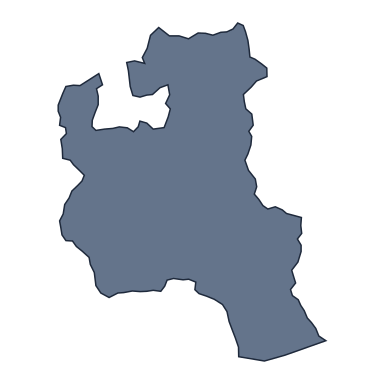 Araçariguama, São Paulo, Brazil
{"feature_id": "56859067B60900165945810", "entity_name": "Araçariguama", "entity_type": "district", "adm_level": 2, "iso_a3": "BRA", "parent_name": "Brazil", "parent_adm1": "São Paulo", "projection": "mercator", "projection_center": [-47.076, -23.434], "detail": "fine", "context": "isolated", "style": "filled", "palette": "slate", "viewbox_px": 384, "rotation_deg": 0, "n_neighbors": 0, "source": "geoboundaries", "source_scale": "gbopen_adm2", "svg_char_len": 1999}
<svg xmlns="http://www.w3.org/2000/svg" viewBox="0 0 384 384"><path d="M243.2,25.5L237.7,23.0L233.0,29.0L226.7,31.9L220.8,32.3L212.9,35.2L205.5,33.3L198.1,33.0L188.5,38.8L179.1,35.9L169.4,35.9L158.7,27.5L150.5,35.3L147.2,48.3L142.3,57.6L144.7,63.4L134.6,60.9L126.7,62.5L128.4,70.7L130.2,86.5L132.9,95.5L140.0,97.1L146.7,95.1L152.5,94.5L160.0,87.7L167.9,84.8L169.7,94.8L165.6,103.5L170.3,108.9L168.2,116.9L164.1,127.6L153.2,129.1L146.8,123.1L139.9,121.1L138.2,126.8L133.5,131.7L127.3,127.8L119.3,126.9L112.9,128.4L104.6,129.1L95.9,130.4L92.0,126.6L92.3,120.2L95.2,112.2L98.2,104.7L98.2,96.1L96.5,88.7L102.5,84.8L98.8,73.6L80.0,85.6L73.4,85.2L65.9,86.5L62.9,93.2L58.2,105.1L58.2,111.2L60.6,117.3L59.6,125.3L65.5,127.6L66.4,133.6L60.8,139.4L62.3,148.7L62.7,158.3L70.2,160.2L73.5,164.7L78.8,169.8L84.3,175.3L82.0,181.0L77.9,185.3L71.9,191.0L69.1,198.0L64.7,204.5L63.2,214.0L59.6,220.9L60.8,227.5L62.0,234.9L65.9,240.6L72.5,241.0L76.4,246.5L82.0,251.0L89.1,257.4L90.3,264.4L94.3,272.5L95.9,285.6L100.8,293.0L109.1,297.5L117.9,293.0L123.7,292.6L132.3,291.0L140.2,291.6L146.7,291.3L153.2,290.3L160.8,291.3L164.7,286.2L167.1,280.1L173.5,278.5L183.1,279.8L188.7,279.2L195.8,282.1L194.9,289.7L199.0,293.6L206.7,296.2L214.3,299.3L222.5,304.5L227.0,311.6L229.1,321.5L232.6,330.8L235.3,337.8L238.5,347.1L238.7,356.7L264.4,361.0L284.9,355.2L325.8,340.7L318.8,336.0L315.8,328.5L311.4,322.5L307.3,318.0L304.2,310.6L300.8,305.5L298.2,299.7L292.4,295.6L290.5,289.5L295.6,283.0L293.8,277.2L291.7,270.2L297.9,262.1L301.1,251.5L301.1,245.2L297.4,239.0L301.7,233.4L300.8,225.6L301.4,217.5L294.4,215.6L286.5,213.5L282.3,209.9L275.3,206.8L267.8,209.0L262.9,205.6L258.8,199.4L254.3,194.1L256.7,186.8L255.3,179.0L248.5,170.4L244.9,160.2L247.9,154.0L250.9,145.0L251.7,136.4L248.8,131.3L253.2,125.2L251.8,114.1L245.8,108.8L244.3,101.6L243.4,94.5L251.2,87.1L256.5,81.0L267.0,76.6L266.8,68.1L261.7,64.0L255.0,59.2L249.9,57.0L249.1,49.0L247.9,40.4L245.5,31.7L243.2,25.5Z" fill="#64748b" stroke="#1e293b" stroke-width="1.5"/></svg>